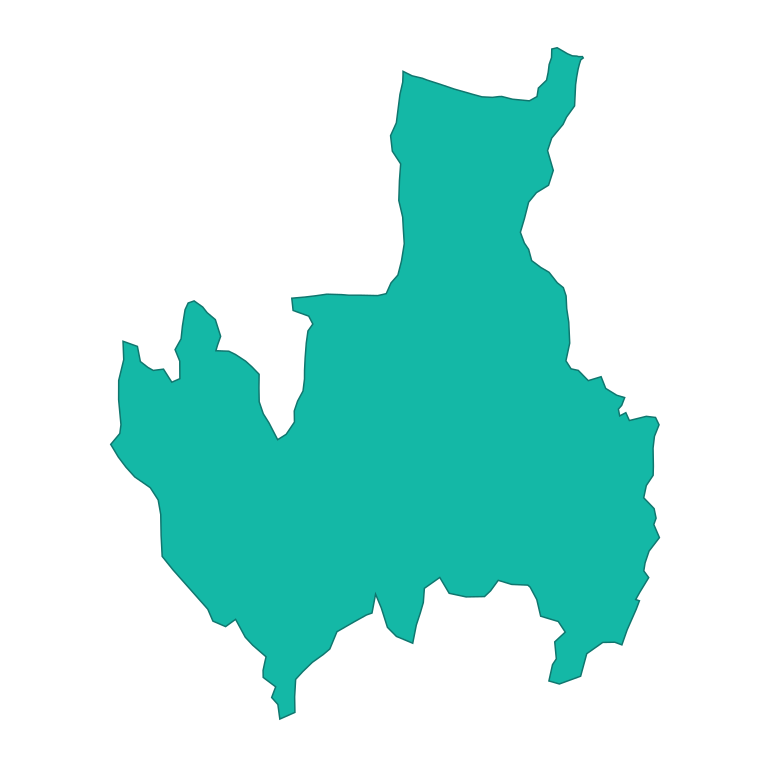 Sotira Lemesou, Cyprus (Equal Earth projection), rotated 179°
{"feature_id": "46923920B57193585231981", "entity_name": "Sotira Lemesou", "entity_type": "district", "adm_level": 2, "iso_a3": "CYP", "parent_name": "Cyprus", "parent_adm1": "", "projection": "equal_earth", "projection_center": [32.841, 34.698], "detail": "fine", "context": "isolated", "style": "filled", "palette": "teal", "viewbox_px": 768, "rotation_deg": 179, "n_neighbors": 0, "source": "geoboundaries", "source_scale": "gbopen_adm2", "svg_char_len": 3036}
<svg xmlns="http://www.w3.org/2000/svg" viewBox="0 0 768 768"><g transform="rotate(179 384 384)"><path d="M179.1,706.5L179.9,707.9L182.8,707.9L183.6,707.9L185.5,708.5L189.9,708.8L194.8,711.0L205.0,717.2L210.4,716.0L210.8,707.4L213.3,700.6L214.4,692.8L216.2,684.9L224.5,677.2L226.0,668.7L233.7,664.6L250.5,666.5L261.1,669.4L263.8,669.4L270.6,668.7L281.0,669.4L290.3,672.1L308.4,677.6L322.9,682.8L335.8,687.2L340.2,689.0L350.7,691.7L359.5,696.3L359.6,692.6L360.0,685.5L363.0,673.3L367.1,644.9L373.1,632.2L371.6,616.6L363.5,603.8L365.0,587.2L366.0,567.2L362.4,550.5L362.0,539.3L361.3,523.9L364.4,506.6L368.2,492.7L375.2,485.0L380.2,474.3L388.7,472.5L406.6,473.2L417.8,473.4L424.8,474.1L439.6,474.8L450.8,473.4L461.6,472.3L474.7,471.4L473.6,459.1L458.1,453.2L454.1,445.2L459.1,438.4L461.0,426.3L462.4,411.3L463.2,399.1L463.4,390.4L465.1,378.4L470.7,368.4L474.2,358.6L474.2,347.5L482.7,335.4L491.3,330.2L499.6,347.0L505.2,356.3L509.1,368.4L509.1,382.2L508.7,395.9L515.5,403.2L522.0,409.3L531.7,415.9L538.6,419.5L551.5,420.2L549.8,425.7L546.5,434.5L551.5,451.3L559.6,458.4L563.9,464.1L572.4,470.4L578.4,468.4L581.6,461.8L584.5,445.7L586.1,432.7L592.3,422.0L587.8,410.4L588.0,392.9L596.1,389.5L599.2,394.5L604.2,402.7L614.5,401.6L618.9,404.2L619.5,404.5L627.2,410.7L629.9,425.9L643.1,430.9L644.2,431.3L643.8,412.9L649.2,392.2L649.6,372.9L647.7,347.9L649.0,339.1L658.3,328.4L650.9,315.6L645.9,308.7L643.5,305.4L634.8,295.4L622.4,286.5L619.5,284.4L611.8,272.0L609.5,257.4L609.5,236.5L608.8,215.5L598.1,201.7L582.6,183.6L564.1,161.9L559.2,149.9L546.6,144.2L536.5,151.3L527.1,133.2L519.7,125.0L506.7,113.3L508.0,108.0L509.9,99.8L509.9,92.7L497.6,83.1L501.8,72.5L495.7,65.4L494.0,50.8L482.4,55.7L478.8,57.2L478.8,72.8L477.5,90.2L470.4,97.7L460.6,106.9L449.3,114.7L442.8,120.0L435.4,137.1L418.8,146.3L405.5,153.4L400.0,155.2L396.1,174.0L390.6,160.1L384.8,140.6L376.0,131.4L359.8,124.3L355.9,142.4L351.7,154.5L348.5,164.8L347.2,179.0L331.6,189.6L322.5,173.6L305.7,169.7L287.2,169.7L281.0,175.4L273.2,185.7L259.9,181.4L243.7,180.4L241.4,178.3L235.0,165.8L231.4,149.1L213.9,143.5L207.1,132.8L217.8,123.2L216.5,106.2L220.4,100.5L224.3,84.2L221.3,83.3L213.9,81.0L192.5,88.4L186.0,110.8L169.8,121.8L157.8,121.8L150.7,119.0L145.2,133.9L135.7,154.5L132.4,162.8L136.1,164.1L131.9,171.3L122.7,185.8L127.5,192.6L126.1,200.5L121.9,212.3L111.3,225.6L116.7,238.8L114.3,245.1L116.1,254.7L126.3,265.7L123.5,277.9L116.5,288.0L116.1,297.2L116.1,315.2L114.5,327.0L109.7,338.4L113.1,345.8L122.3,347.1L134.5,344.3L139.3,343.2L142.7,351.1L148.9,348.0L150.1,354.8L146.7,358.5L143.6,366.2L151.5,368.7L162.4,375.7L166.8,387.5L179.7,383.8L189.5,394.2L196.7,395.9L201.7,404.0L197.6,421.6L198.2,442.6L200.0,456.2L200.4,468.9L203.0,477.2L209.0,482.2L217.0,492.8L225.2,497.8L234.2,504.8L237.0,516.0L241.2,522.5L245.0,533.3L240.8,546.6L236.2,563.3L228.2,572.7L216.0,579.9L211.0,594.6L216.4,614.5L212.0,627.0L200.4,640.5L196.9,647.6L188.6,658.7L187.2,679.9L186.0,687.6L184.5,695.1L183.1,700.3L181.6,704.7L179.1,706.5Z" fill="#14b8a6" stroke="#0f766e" stroke-width="1.5"/></g></svg>